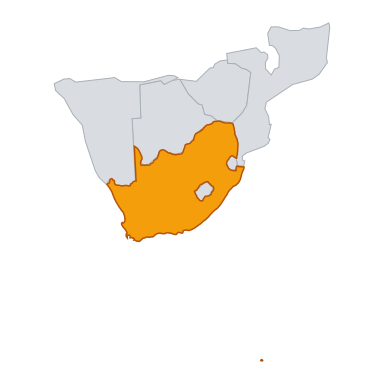 map of South Africa with Lesotho, Zimbabwe, Botswana and 3 others greyed out
{"feature_id": "ZAF", "entity_name": "South Africa", "entity_type": "country or territory", "adm_level": 0, "iso_a3": "ZAF", "parent_name": "Africa", "parent_adm1": "", "projection": "albers", "projection_center": [25.295, -34.555], "detail": "fine", "context": "with_neighbors", "style": "filled", "palette": "amber", "viewbox_px": 384, "rotation_deg": 0, "n_neighbors": 6, "source": "natural_earth", "source_scale": "50m", "svg_char_len": 7577}
<svg xmlns="http://www.w3.org/2000/svg" viewBox="0 0 384 384"><path d="M207.0,182.1L213.2,188.1L209.1,195.7L204.5,197.1L202.9,200.1L200.0,201.0L194.0,193.5L203.1,183.9L207.0,182.1Z" fill="#d9dde1" stroke="#a8b0b8" stroke-width="1"/><path d="M232.4,122.7L216.9,120.5L211.3,116.0L204.5,114.4L202.1,105.1L198.2,104.0L188.1,93.7L179.8,79.3L196.3,81.3L209.9,68.1L213.3,67.5L214.6,64.3L220.1,60.9L227.3,60.0L227.7,63.4L235.6,63.7L241.7,68.2L246.2,69.2L250.8,72.5L246.7,105.5L242.4,112.7L232.4,122.7Z" fill="#d9dde1" stroke="#a8b0b8" stroke-width="1"/><path d="M216.9,120.5L204.1,127.0L196.1,133.8L190.4,143.5L185.7,144.2L183.3,151.7L177.8,153.9L170.9,153.5L163.1,149.8L159.0,152.1L157.0,156.7L149.0,164.0L143.0,165.2L140.9,162.0L141.4,156.2L135.9,147.4L133.5,146.1L132.1,118.7L140.8,118.0L139.7,84.9L160.7,80.7L164.3,84.4L170.1,80.7L179.8,79.3L188.1,93.7L198.2,104.0L202.1,105.1L204.5,114.4L211.3,116.0L216.9,120.5Z" fill="#d9dde1" stroke="#a8b0b8" stroke-width="1"/><path d="M132.1,118.7L135.4,181.1L128.3,186.4L123.9,187.3L114.9,185.5L113.2,181.5L109.7,179.2L106.1,184.2L99.3,177.7L95.4,171.1L85.4,141.3L82.3,125.2L73.0,114.6L64.2,98.6L55.7,90.6L54.2,83.7L63.8,79.1L69.8,78.6L75.8,82.1L114.7,77.6L121.4,81.6L143.9,81.8L168.4,75.3L174.4,75.8L178.1,77.8L164.3,84.4L160.7,80.7L139.7,84.9L140.8,118.0L132.1,118.7Z" fill="#d9dde1" stroke="#a8b0b8" stroke-width="1"/><path d="M271.1,26.9L278.5,26.9L290.0,30.6L299.5,30.4L303.3,28.1L309.1,29.0L320.3,27.0L328.8,23.0L329.8,27.2L326.4,57.9L327.4,62.6L319.1,74.3L312.3,79.1L292.4,84.6L266.3,102.2L264.9,108.8L268.5,116.2L269.5,124.6L271.2,124.3L268.1,137.6L270.0,139.4L268.3,143.2L264.4,146.2L246.3,153.0L242.3,156.2L242.7,160.2L244.8,161.0L243.7,165.9L237.4,165.4L235.4,153.4L237.6,143.0L232.4,122.7L242.4,112.7L246.7,105.5L250.8,72.5L246.2,69.2L241.7,68.2L235.6,63.7L227.7,63.4L226.7,53.5L256.2,47.8L261.3,52.6L264.0,52.0L267.6,54.6L267.8,58.3L265.4,62.3L265.6,68.8L271.2,75.0L274.6,69.0L278.9,67.5L279.3,55.7L275.9,48.8L272.7,45.6L269.4,45.4L267.7,33.5L271.1,26.9Z" fill="#d9dde1" stroke="#a8b0b8" stroke-width="1"/><path d="M237.4,165.4L235.4,169.5L230.4,170.2L225.7,164.8L225.8,161.5L229.2,155.4L231.7,154.8L235.9,156.8L237.4,165.4Z" fill="#d9dde1" stroke="#a8b0b8" stroke-width="1"/><path d="M216.2,121.4L216.3,121.4L218.9,121.1L221.0,121.5L223.5,122.6L225.9,123.1L228.1,122.9L229.9,123.0L231.3,123.2L232.4,123.6L233.1,124.2L233.2,124.7L233.2,124.9L233.6,126.2L234.1,128.2L234.4,130.0L234.8,132.5L234.7,133.9L234.8,134.5L235.3,135.2L235.8,136.3L236.0,137.0L236.2,137.5L236.8,138.4L237.2,139.9L237.5,141.7L237.8,142.6L237.9,143.1L238.0,143.9L237.9,145.6L237.8,147.5L237.7,149.7L237.6,151.5L237.4,152.4L237.3,154.9L236.7,156.2L236.7,157.3L236.8,158.0L236.6,158.1L236.1,158.2L234.2,157.0L232.4,155.7L232.1,155.7L231.7,155.8L230.6,156.5L229.5,157.8L228.9,158.8L228.1,159.9L226.8,161.7L226.7,162.1L226.6,163.6L226.6,165.0L227.3,165.3L227.7,166.5L228.7,168.5L230.4,169.7L232.0,170.4L234.2,170.7L236.1,170.7L236.0,169.5L236.3,167.5L236.7,166.1L236.9,166.1L237.4,166.3L237.6,166.4L238.4,166.4L239.7,166.8L240.7,166.8L241.6,166.8L243.2,166.9L244.1,167.0L243.7,169.1L242.2,172.5L241.7,174.0L240.3,179.5L238.8,182.3L237.9,183.4L235.7,185.3L235.0,185.7L234.5,185.9L233.6,186.1L229.7,190.1L228.2,192.0L226.8,194.9L225.6,196.5L223.6,199.8L221.9,202.4L220.3,204.8L217.6,208.0L216.5,209.0L215.7,209.4L213.6,211.2L210.6,214.3L208.4,217.0L205.1,220.0L203.2,221.3L200.3,224.0L199.5,224.4L196.3,226.8L194.1,228.3L190.4,230.1L189.0,230.5L185.5,230.0L184.1,230.3L182.9,231.4L182.8,232.9L182.3,233.1L181.5,233.1L179.2,232.4L177.9,232.5L177.1,233.4L176.5,234.4L174.7,234.5L171.5,233.4L167.7,232.8L166.8,232.8L165.0,233.6L164.4,233.7L161.7,233.6L160.2,233.1L158.8,233.2L157.8,233.6L156.5,233.8L153.0,236.8L151.2,236.9L149.6,237.3L148.8,237.3L147.4,237.0L146.8,237.0L146.0,237.2L145.2,237.8L143.3,238.1L142.6,238.6L139.5,241.4L138.8,241.3L138.2,241.2L136.6,241.2L134.6,239.9L133.9,240.0L134.1,239.6L134.1,238.8L133.6,238.3L133.4,238.1L132.6,238.2L132.2,237.6L131.1,237.6L130.7,237.8L130.1,237.9L130.1,237.2L130.1,236.8L130.0,236.2L129.8,235.4L129.4,235.2L129.0,235.1L128.2,235.2L127.7,235.4L127.4,235.6L127.2,236.2L127.3,237.9L126.9,237.4L126.3,236.4L126.1,235.3L126.2,234.0L127.0,233.5L126.9,232.6L126.7,231.9L125.6,230.0L125.1,229.2L124.3,228.6L123.5,227.2L122.8,226.7L122.5,225.7L121.8,225.0L121.5,223.7L121.8,222.9L122.3,222.5L122.9,223.1L123.6,222.8L124.5,221.8L125.0,220.4L124.9,218.1L124.7,216.7L123.6,213.2L123.2,212.4L121.2,209.9L118.9,206.6L115.8,201.3L114.2,198.1L111.8,191.7L109.7,188.1L107.3,184.8L107.0,184.6L107.3,184.1L108.4,183.2L108.9,182.9L109.2,183.0L109.4,182.8L109.6,182.2L109.6,181.7L109.7,181.0L109.9,180.5L110.1,179.6L110.6,179.0L111.6,178.6L112.4,179.0L112.7,179.4L112.9,180.1L113.3,180.3L113.8,180.3L114.3,180.6L114.5,181.4L114.5,182.0L114.3,182.4L114.3,182.8L114.8,183.4L115.0,183.9L115.3,184.6L116.7,185.0L117.4,185.2L118.6,185.2L119.7,185.4L120.8,185.9L122.6,185.9L124.9,185.5L126.9,185.5L128.5,185.9L129.6,186.0L130.3,185.6L130.5,185.0L130.4,184.4L130.7,183.9L131.5,183.7L132.1,183.2L132.5,182.3L133.6,181.6L135.2,181.0L136.1,181.0L136.0,179.6L135.8,175.4L135.6,171.2L135.4,167.0L135.1,162.7L134.9,158.5L134.7,154.3L134.5,150.1L134.3,146.2L134.7,146.4L137.5,148.4L138.3,149.5L138.7,150.2L140.0,152.6L141.0,154.9L141.8,156.6L141.8,157.4L142.0,158.1L142.1,158.5L142.0,158.9L141.6,159.9L141.1,160.6L140.6,161.6L140.6,162.9L140.8,164.5L141.2,165.2L141.7,165.4L142.8,165.0L143.5,165.1L144.5,165.3L147.7,165.0L148.1,165.1L149.3,165.2L149.7,165.0L150.1,164.7L150.5,163.8L150.9,163.5L151.5,163.3L152.4,163.0L153.0,162.5L154.0,160.6L156.1,158.9L156.8,158.5L157.2,158.1L157.5,157.5L158.2,155.5L158.8,153.8L158.9,153.0L159.4,151.7L160.0,150.8L160.6,150.4L160.9,150.2L161.7,150.0L162.7,149.8L163.8,150.0L164.9,150.5L166.2,151.3L167.5,152.3L168.1,152.8L168.8,153.1L169.9,153.1L170.7,153.1L171.9,154.1L172.5,154.2L173.8,154.5L175.5,154.8L176.5,154.8L177.6,154.2L178.4,154.2L179.4,154.2L180.6,154.1L181.4,153.8L182.0,153.3L182.6,152.8L183.3,151.2L183.6,149.9L184.2,148.5L184.9,146.5L185.2,145.1L185.5,144.7L186.5,144.3L187.4,144.0L189.7,143.5L190.1,143.2L190.6,142.6L191.6,141.5L192.9,140.5L193.5,140.0L194.8,135.5L194.9,135.0L195.8,133.8L196.3,133.3L196.7,133.3L197.2,133.0L197.8,132.4L198.6,132.0L199.4,131.9L200.0,131.5L200.3,130.9L200.7,130.5L201.4,130.6L201.8,130.4L201.9,129.9L202.2,129.5L202.9,129.2L203.3,128.9L203.4,128.4L204.2,127.4L205.9,125.7L207.4,124.8L208.8,124.7L210.2,124.4L211.5,123.9L212.4,123.2L213.1,122.1L214.1,121.5L216.2,121.4ZM208.1,196.0L209.5,195.4L210.1,195.1L210.6,194.8L211.1,194.4L211.4,193.2L211.6,192.3L212.0,191.8L212.5,191.6L212.9,191.1L213.4,189.9L213.7,188.7L213.8,188.3L213.6,187.8L213.4,187.2L213.1,186.5L212.8,186.4L212.1,186.0L211.1,185.2L210.3,184.4L209.5,183.4L209.2,183.2L208.5,182.5L208.1,182.1L207.9,181.7L207.7,181.5L207.3,181.6L206.4,181.8L204.4,182.5L203.2,183.2L202.1,184.1L201.0,184.4L200.3,184.7L199.6,185.7L199.0,186.6L198.5,187.5L198.2,187.9L197.9,188.1L197.6,188.6L197.0,189.5L196.5,190.1L195.8,190.5L194.9,190.9L194.5,191.1L194.5,191.5L194.8,192.3L195.1,193.2L195.6,194.1L196.0,194.9L196.5,195.7L196.9,196.2L196.8,197.1L196.9,197.4L197.1,197.7L197.3,197.8L197.5,198.0L198.0,198.2L198.1,198.4L198.4,198.7L198.7,199.2L199.3,200.0L200.0,200.5L201.2,200.8L202.2,201.0L202.5,200.9L202.8,200.4L203.1,199.9L203.2,199.2L203.5,198.8L204.7,197.0L205.3,196.3L205.7,196.3L206.2,196.2L206.8,196.2L207.3,196.2L208.1,196.0ZM262.4,360.8L262.1,361.0L260.8,360.6L260.7,360.3L261.2,359.8L261.4,359.6L262.1,359.8L262.6,360.3L262.7,360.5L262.4,360.8Z" fill="#f59e0b" stroke="#b45309" stroke-width="1.5"/></svg>